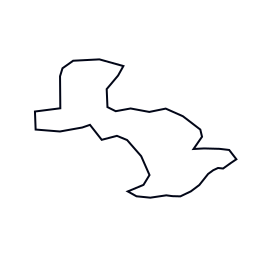 outline of Preilu, rotated 334°
{"feature_id": "LVA-1089", "entity_name": "Preilu", "entity_type": "Municipality", "adm_level": 1, "iso_a3": "LVA", "parent_name": "Latvia", "parent_adm1": "", "projection": "robinson", "projection_center": [26.704, 56.28], "detail": "fine", "context": "isolated", "style": "outline", "palette": "ink", "viewbox_px": 256, "rotation_deg": 334, "n_neighbors": 0, "source": "natural_earth", "source_scale": "10m", "svg_char_len": 699}
<svg xmlns="http://www.w3.org/2000/svg" viewBox="0 0 256 256"><g transform="rotate(334 128 128)"><path d="M156.7,212.5L145.1,212.4L138.0,208.7L132.9,205.3L117.5,200.4L105.7,193.1L100.0,184.9L117.0,185.9L126.7,179.7L127.5,159.1L121.9,138.4L114.6,130.2L99.2,127.1L95.2,108.5L87.1,107.5L65.3,101.3L44.3,88.9L51.6,72.4L75.8,80.6L89.6,51.7L95.3,45.6L108.2,43.5L132.4,53.8L151.0,70.3L142.1,76.5L125.9,83.7L118.7,100.2L124.3,107.5L138.9,111.6L154.2,122.9L170.4,127.1L182.5,141.5L192.3,161.1L190.7,168.3L177.7,175.6L187.4,179.7L201.2,186.9L209.3,192.1L211.7,203.6L205.3,204.5L195.7,206.1L191.4,203.4L186.1,203.3L179.9,204.4L167.1,210.5L156.7,212.5Z" fill="none" stroke="#020617" stroke-width="2"/></g></svg>